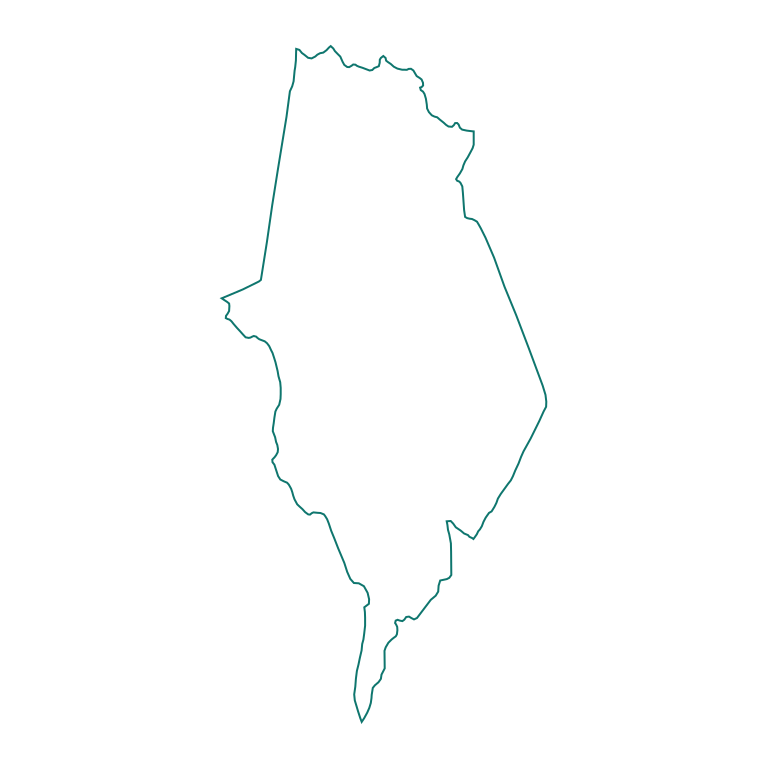 Mouloundou, Ogooué-Lolo, Gabon
{"feature_id": "22940354B50404497002370", "entity_name": "Mouloundou", "entity_type": "district", "adm_level": 2, "iso_a3": "GAB", "parent_name": "Gabon", "parent_adm1": "Ogooué-Lolo", "projection": "equal_earth", "projection_center": [12.887, -0.678], "detail": "fine", "context": "isolated", "style": "outline", "palette": "teal", "viewbox_px": 768, "rotation_deg": 0, "n_neighbors": 0, "source": "geoboundaries", "source_scale": "gbopen_adm2", "svg_char_len": 3947}
<svg xmlns="http://www.w3.org/2000/svg" viewBox="0 0 768 768"><path d="M296.2,48.9L296.1,52.0L295.9,60.4L295.2,67.1L294.6,70.7L293.6,81.3L292.2,86.3L289.9,91.3L286.5,116.8L278.0,168.8L272.2,205.3L266.9,242.1L260.9,279.9L258.9,281.5L242.9,289.4L221.7,298.3L224.2,300.0L227.1,301.9L229.1,303.5L229.4,306.0L229.1,311.0L227.6,313.7L226.0,315.9L225.8,318.1L227.6,319.0L229.5,319.6L231.4,321.2L233.7,324.1L236.8,327.7L239.5,330.6L242.9,334.4L245.6,337.3L248.6,337.9L250.4,337.6L252.3,336.6L253.8,336.0L256.3,336.7L257.3,337.8L259.2,339.2L261.5,340.1L264.7,341.3L267.0,343.2L269.2,346.1L271.2,350.4L272.5,352.9L274.1,357.8L275.5,362.3L277.6,371.0L278.5,376.3L280.2,382.2L280.7,387.9L280.7,394.2L280.5,399.0L279.2,404.8L276.7,408.7L275.4,411.5L274.4,417.7L273.7,423.3L273.0,427.8L272.8,431.2L274.1,434.6L275.1,437.2L276.1,442.0L277.3,445.0L278.0,449.0L277.7,452.2L276.1,455.2L274.6,457.2L272.3,459.6L272.5,462.2L274.4,464.7L275.4,467.8L276.8,472.1L278.1,476.1L280.3,479.5L283.8,481.3L287.1,482.7L288.8,484.6L291.1,488.7L292.3,492.2L293.2,495.6L294.5,499.3L297.2,504.3L299.5,506.5L302.5,509.2L305.1,512.1L308.2,514.4L310.0,514.6L311.7,513.2L313.4,512.4L317.4,512.8L320.5,513.0L323.9,514.4L325.2,516.1L327.1,519.2L328.8,523.5L331.2,530.8L334.2,538.1L338.2,548.4L344.3,562.9L347.2,571.9L350.3,578.9L353.9,583.0L358.8,583.3L363.9,586.2L367.6,592.8L369.1,599.2L368.9,603.8L364.3,607.3L364.9,612.1L365.1,617.7L365.1,625.7L364.2,633.6L363.4,639.6L362.2,644.0L361.6,650.4L359.9,657.7L358.5,664.5L356.9,670.9L355.9,678.8L355.3,686.7L354.2,694.4L354.8,700.4L356.6,706.4L358.0,711.1L360.3,718.2L361.7,721.9L364.1,718.3L367.2,712.7L369.3,707.9L370.8,703.0L371.5,698.0L371.7,694.9L372.8,687.9L374.9,685.3L378.6,682.1L380.9,678.8L381.5,674.6L382.7,672.3L384.7,668.4L384.5,650.8L385.7,647.3L388.4,642.7L391.5,639.6L393.6,637.9L395.8,636.3L396.9,634.3L397.4,630.2L397.2,626.9L396.1,624.5L395.1,623.0L395.7,620.6L397.6,619.8L399.8,620.6L402.4,621.1L404.3,619.7L406.2,617.0L409.0,616.6L411.3,618.0L414.0,619.4L417.0,618.0L422.0,611.4L430.8,599.8L435.7,595.7L438.2,591.6L438.6,585.7L440.2,580.5L446.8,579.1L449.3,577.8L451.3,575.0L451.1,551.8L450.9,543.4L449.3,534.5L448.0,529.9L447.4,524.8L446.7,521.3L450.7,521.0L453.2,523.6L455.8,527.3L460.7,530.6L464.1,533.5L468.0,535.1L469.4,536.8L472.4,538.2L473.4,539.0L474.4,537.7L476.8,534.3L478.2,531.3L479.9,529.4L481.6,526.6L481.8,526.3L483.5,521.8L485.7,517.6L489.0,512.9L491.6,511.4L494.4,506.9L496.4,502.9L497.9,498.6L500.8,493.9L508.1,483.8L510.8,480.4L512.9,476.3L515.3,470.4L518.5,463.6L521.1,456.8L523.5,451.4L530.6,438.6L539.3,421.0L543.6,411.5L546.1,406.8L546.3,401.7L545.5,394.9L542.7,385.7L529.0,348.8L516.2,315.2L504.5,286.7L494.1,257.7L485.5,237.7L480.8,228.3L478.9,224.9L477.0,221.7L474.5,220.2L472.0,219.0L469.6,218.7L467.1,218.1L465.1,216.9L464.1,210.0L463.4,199.9L462.9,192.9L462.3,186.4L460.5,182.9L459.3,181.6L457.1,180.7L456.1,179.1L457.4,176.9L459.9,173.4L462.4,169.0L463.4,165.4L465.1,161.4L467.8,157.2L470.5,152.2L472.6,148.2L473.7,144.7L473.7,138.7L473.7,131.4L471.6,131.2L466.7,130.6L462.1,129.6L459.9,127.7L458.6,124.5L457.1,123.0L455.1,123.1L453.9,125.1L452.0,126.8L448.5,126.5L446.1,124.9L443.7,122.7L439.7,119.5L437.2,117.3L434.5,116.6L431.8,115.3L428.9,112.1L427.1,108.5L426.8,104.6L425.9,98.7L424.5,94.0L423.0,91.6L420.8,90.1L420.1,87.6L421.7,87.0L423.1,85.5L423.0,82.8L421.6,79.5L419.7,78.0L416.7,76.1L415.2,73.6L413.4,70.5L411.0,68.8L408.7,68.9L406.9,69.8L402.0,69.7L397.4,68.6L393.8,66.7L390.8,64.0L387.7,61.9L386.1,60.6L385.6,58.0L383.3,56.0L380.9,57.9L379.8,59.7L379.7,62.8L378.8,66.2L376.7,67.1L374.3,68.0L372.3,70.0L369.6,70.5L366.7,69.4L362.5,67.8L358.7,66.6L356.7,65.7L355.5,64.7L353.2,64.5L351.5,65.8L349.2,67.1L347.2,67.0L344.3,64.9L342.6,61.8L340.3,56.6L337.8,54.1L334.9,51.1L333.3,48.5L330.7,46.1L329.0,47.5L326.5,50.2L323.3,52.6L320.1,53.2L317.3,54.7L315.3,56.5L311.6,58.4L308.1,57.8L304.4,54.8L301.9,53.0L299.4,49.9L296.2,48.9Z" fill="none" stroke="#0f766e" stroke-width="2"/></svg>